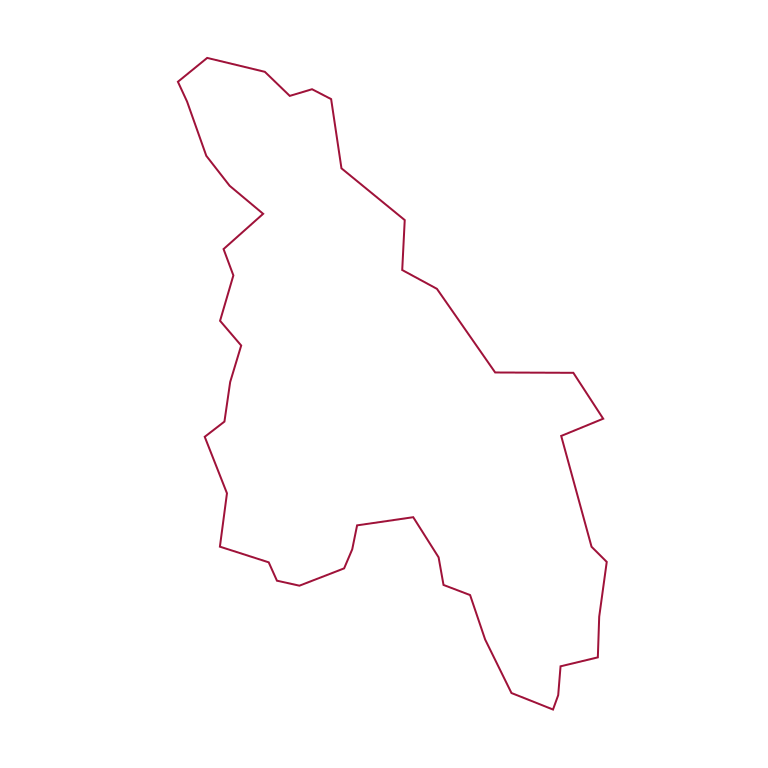 Përmet, Gjirokastër, Albania (Equal Earth projection), rotated 195°
{"feature_id": "67620474B23103740146981", "entity_name": "Përmet", "entity_type": "district", "adm_level": 2, "iso_a3": "ALB", "parent_name": "Albania", "parent_adm1": "Gjirokastër", "projection": "equal_earth", "projection_center": [20.353, 40.273], "detail": "fine", "context": "isolated", "style": "outline", "palette": "rose", "viewbox_px": 768, "rotation_deg": 195, "n_neighbors": 0, "source": "geoboundaries", "source_scale": "gbopen_adm2", "svg_char_len": 730}
<svg xmlns="http://www.w3.org/2000/svg" viewBox="0 0 768 768"><g transform="rotate(195 384 384)"><path d="M135.2,128.5L140.4,157.0L106.7,175.3L115.9,214.9L122.8,269.8L141.4,280.5L199.4,379.7L163.3,407.2L204.0,443.8L279.6,423.9L357.5,489.6L395.9,498.8L406.4,547.7L480.9,581.3L508.8,645.5L529.8,650.1L549.6,637.9L579.9,654.7L639.2,653.2L661.3,622.6L647.3,605.8L614.7,558.4L584.4,535.5L544.8,517.1L573.9,472.8L557.6,449.9L558.7,402.6L531.9,384.2L533.1,346.1L528.4,306.4L543.5,286.6L507.4,237.8L500.4,184.4L449.2,181.9L436.5,166.3L413.5,167.3L374.8,195.6L371.9,216.1L373.4,240.5L321.3,262.9L286.4,230.7L274.5,205.3L246.2,202.4L220.2,163.4L180.9,118.5L136.5,113.3L135.2,128.5Z" fill="none" stroke="#9f1239" stroke-width="2"/></g></svg>